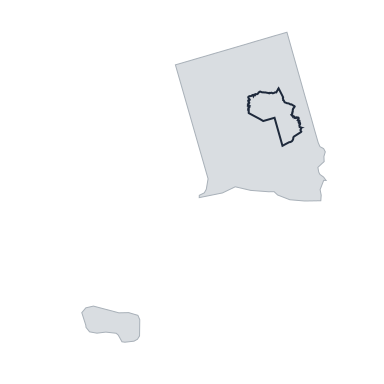 Evinayong, Centro Sur, Equatorial Guinea shown in context, rotated 254°
{"feature_id": "11065452B18175278434840", "entity_name": "Evinayong", "entity_type": "district", "adm_level": 2, "iso_a3": "GNQ", "parent_name": "Equatorial Guinea", "parent_adm1": "Centro Sur", "projection": "robinson", "projection_center": [10.451, 1.358], "detail": "fine", "context": "in_parent", "style": "outline", "palette": "slate", "viewbox_px": 384, "rotation_deg": 254, "n_neighbors": 0, "source": "geoboundaries", "source_scale": "gbopen_adm2", "svg_char_len": 5355}
<svg xmlns="http://www.w3.org/2000/svg" viewBox="0 0 384 384"><g transform="rotate(254 192 192)"><path d="M318.8,211.1L318.9,234.1L319.0,253.6L319.1,274.7L319.3,296.6L319.4,315.2L319.4,327.3L301.4,327.2L277.5,327.1L253.7,327.0L229.8,327.0L217.8,326.9L204.6,326.9L200.3,327.5L197.4,330.5L193.9,331.2L189.8,328.6L184.8,327.4L183.5,324.7L181.0,319.8L176.1,319.3L173.6,319.8L170.1,322.6L166.1,324.1L166.9,321.8L159.0,315.8L153.3,315.3L148.1,313.4L152.3,297.8L157.6,283.9L165.5,273.5L169.7,271.0L171.1,265.8L177.4,248.8L185.1,235.0L182.7,221.0L184.6,197.4L186.8,198.1L187.2,200.3L187.8,203.6L190.7,206.5L200.3,211.1L229.1,211.1L246.2,211.1L271.6,211.1L298.4,211.1L318.8,211.1ZM91.1,52.8L93.2,53.2L106.4,52.8L109.9,58.0L109.5,65.8L96.0,88.4L93.5,97.9L88.3,106.0L83.7,106.6L68.1,101.9L65.5,99.0L64.6,95.1L66.1,86.1L67.3,83.4L74.7,81.7L77.1,80.2L81.1,70.5L82.5,61.7L85.8,55.0L91.1,52.8Z" fill="#d9dde1" stroke="#a8b0b8" stroke-width="1"/><path d="M252.2,268.3L243.3,277.5L240.6,280.0L240.6,291.8L211.5,291.7L213.1,299.2L212.9,300.3L213.0,300.8L213.1,301.4L213.3,302.0L213.5,302.4L214.1,303.0L214.5,303.5L215.0,303.8L215.6,304.1L216.1,304.3L216.6,304.5L217.2,305.3L219.5,313.0L219.6,313.3L219.9,313.7L220.3,313.6L220.6,313.5L221.3,313.3L221.7,313.3L222.1,313.6L222.4,314.0L222.7,314.3L223.1,314.4L223.8,314.7L223.8,314.8L224.0,314.5L224.5,313.7L224.7,313.4L225.3,313.5L225.6,313.5L225.8,313.5L226.0,313.6L226.4,313.7L226.5,313.6L226.8,313.7L227.0,313.8L227.0,314.0L227.2,314.3L227.3,314.5L227.5,314.5L227.7,314.4L227.9,314.3L228.1,314.2L228.1,314.4L228.1,314.5L228.2,314.8L228.4,314.8L228.5,314.8L228.6,314.7L228.6,314.8L228.8,314.8L229.0,314.8L229.0,314.7L229.1,314.4L229.0,314.2L229.3,314.1L229.5,314.0L229.8,313.9L229.9,314.0L230.0,314.0L230.3,314.1L230.5,314.0L230.7,314.4L230.7,314.6L230.8,314.8L231.0,314.9L231.2,314.7L231.4,314.6L231.6,314.3L231.6,314.2L231.8,313.8L231.9,313.7L232.0,313.5L232.3,313.8L232.3,314.0L232.5,314.1L232.9,314.3L233.3,314.7L233.4,314.8L233.5,314.9L233.8,314.8L234.1,314.8L234.2,314.7L234.3,314.6L234.3,314.4L234.4,314.2L234.5,314.0L234.6,313.9L234.7,313.7L234.8,313.5L234.8,313.4L234.9,313.2L234.5,312.9L234.5,312.7L234.4,312.5L234.4,312.2L234.6,311.9L234.9,311.7L235.0,311.5L235.0,311.4L235.0,311.2L235.2,311.3L235.3,311.3L235.4,311.2L235.5,311.1L235.8,311.3L236.0,311.3L236.1,311.2L236.3,311.1L236.4,310.9L236.5,310.8L236.6,310.7L236.7,310.4L236.8,310.1L236.7,309.9L236.8,309.9L237.0,309.9L237.3,310.0L237.6,309.9L237.7,309.7L237.8,309.5L237.8,309.4L238.0,309.4L238.3,309.2L238.6,309.0L238.6,308.9L238.8,308.8L238.9,309.1L239.1,309.4L239.4,309.6L239.6,309.7L239.7,309.9L239.8,309.9L239.9,310.0L240.0,310.1L240.4,310.1L240.6,310.2L240.6,310.3L240.8,310.5L241.1,310.5L241.2,310.8L241.3,310.9L241.5,311.0L241.8,311.1L242.2,311.2L242.6,311.3L242.9,311.4L243.2,311.5L243.4,311.6L243.5,311.8L243.8,311.9L244.0,312.0L244.4,312.3L244.4,312.5L244.5,312.6L244.8,313.0L245.2,313.6L245.8,314.2L245.9,314.3L246.0,314.3L246.3,314.1L246.4,313.9L246.6,313.8L246.7,313.6L247.1,313.4L247.2,313.2L247.8,312.6L248.0,312.4L248.6,312.0L248.8,311.8L248.9,311.6L249.0,311.1L249.1,310.9L249.1,310.7L249.3,310.6L249.7,310.1L250.0,309.9L250.2,309.7L250.5,309.3L250.7,308.9L250.9,308.4L251.2,307.7L251.6,307.3L252.7,305.8L253.1,305.7L254.4,305.5L255.2,305.2L255.3,305.0L255.8,305.2L256.6,305.2L257.3,305.2L257.9,305.7L267.8,303.8L267.3,303.2L266.9,302.8L266.3,302.4L265.7,301.6L264.5,300.5L264.8,299.7L264.9,299.3L264.8,298.8L264.7,298.4L264.6,298.1L264.6,297.8L264.6,297.5L264.6,297.4L264.6,297.1L264.7,296.7L265.0,296.5L265.2,296.2L265.5,295.9L265.5,295.4L265.5,294.8L265.7,294.5L265.8,294.3L265.9,293.9L265.9,293.6L265.8,293.4L265.7,293.3L265.8,293.2L265.9,292.9L266.3,292.4L266.4,292.1L266.6,291.6L266.9,291.1L267.2,290.5L267.5,290.0L267.6,289.4L267.7,289.1L268.0,288.5L268.0,288.3L268.2,287.9L268.3,287.5L268.4,287.1L268.6,286.8L268.8,286.4L269.0,286.2L269.4,285.7L269.7,285.4L269.8,285.0L269.7,284.7L269.5,284.3L269.5,284.0L269.4,283.6L269.2,283.4L268.9,283.1L268.7,282.8L268.6,282.6L268.5,282.4L268.3,282.3L268.2,281.9L268.1,281.7L268.2,281.0L268.5,280.3L268.6,280.0L268.4,279.9L268.2,279.6L268.1,279.4L267.9,279.3L268.0,279.2L268.2,278.9L268.1,278.7L268.0,278.4L267.9,278.4L267.7,278.2L267.6,277.9L267.4,277.7L267.2,277.5L268.5,277.4L268.5,276.7L268.3,276.2L268.0,275.7L268.0,275.2L268.0,274.8L268.2,274.1L268.3,273.8L268.2,273.2L268.1,272.7L267.8,272.3L267.3,272.1L266.9,272.2L266.2,272.4L265.8,272.6L265.3,272.9L264.9,273.0L264.6,272.8L264.5,271.5L264.4,271.5L264.3,271.3L264.2,271.2L263.9,271.4L263.7,271.3L263.5,271.5L263.3,271.5L262.9,271.6L262.7,271.4L262.6,271.2L262.4,271.1L262.3,271.5L262.0,271.6L261.9,271.4L261.6,271.3L261.4,271.1L261.2,270.9L261.1,270.6L261.1,270.3L261.0,270.1L260.8,270.2L260.7,270.2L260.6,270.4L260.4,270.3L260.3,270.1L260.2,270.0L259.9,270.0L259.8,269.8L259.7,269.6L259.4,269.4L259.3,269.5L259.1,269.6L259.0,269.9L258.9,270.0L259.0,270.2L259.1,270.3L259.2,270.5L259.3,270.6L259.2,270.7L259.0,270.9L258.9,271.0L258.8,270.8L258.8,270.7L258.6,270.6L257.9,270.7L257.5,270.4L257.4,270.2L257.2,270.1L257.1,269.9L257.1,269.6L256.9,269.5L257.0,269.3L257.0,269.2L256.7,269.1L256.3,268.9L256.1,269.0L255.9,269.1L255.7,268.9L255.6,269.1L255.4,269.1L255.2,269.2L254.9,268.8L254.7,268.7L254.2,268.8L253.9,268.7L253.5,268.7L253.3,268.6L252.9,268.5L252.5,268.3L252.2,268.3Z" fill="none" stroke="#1e293b" stroke-width="2"/></g></svg>